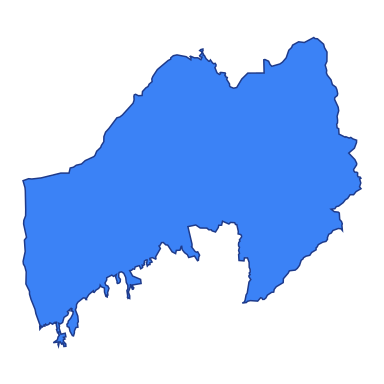 Tisau, Buzau, Romania
{"feature_id": "2599482B29970481814302", "entity_name": "Tisau", "entity_type": "district", "adm_level": 2, "iso_a3": "ROU", "parent_name": "Romania", "parent_adm1": "Buzau", "projection": "orthographic", "projection_center": [26.544, 45.194], "detail": "fine", "context": "isolated", "style": "filled", "palette": "blue", "viewbox_px": 384, "rotation_deg": 0, "n_neighbors": 0, "source": "geoboundaries", "source_scale": "gbopen_adm2", "svg_char_len": 5899}
<svg xmlns="http://www.w3.org/2000/svg" viewBox="0 0 384 384"><path d="M104.5,292.1L105.9,296.4L107.2,297.0L107.3,296.1L106.5,295.1L107.9,295.0L107.6,292.5L109.0,288.3L107.8,286.0L105.9,285.2L105.0,283.0L106.7,280.0L106.7,277.7L111.8,275.1L113.6,276.4L116.3,274.6L115.6,276.8L117.1,281.5L117.0,282.9L117.6,283.5L119.0,283.1L120.2,281.8L120.4,279.3L118.8,277.3L118.7,274.3L119.2,272.4L121.5,271.8L123.8,273.3L125.7,277.4L126.3,282.5L127.8,285.3L127.9,288.7L126.9,290.6L127.7,296.1L127.4,297.3L128.0,298.4L128.6,297.9L129.7,298.5L129.7,295.8L128.4,292.0L130.4,286.7L130.4,284.1L132.4,289.3L133.3,289.1L133.8,287.8L132.9,286.9L132.4,285.0L141.1,283.5L140.6,279.4L132.6,276.0L129.7,270.6L131.6,270.3L132.9,268.9L134.5,269.2L135.2,266.9L139.0,265.7L139.4,265.7L140.7,268.8L141.9,268.1L142.7,267.3L142.3,265.2L143.2,265.5L144.5,264.6L143.9,263.2L144.7,262.6L144.3,261.2L146.2,259.9L147.2,260.0L146.6,263.6L147.3,266.1L148.5,264.7L150.0,264.5L149.9,262.8L152.1,262.0L150.9,259.8L150.0,259.8L149.8,258.4L152.3,257.6L155.7,259.1L156.0,258.4L155.6,256.9L160.4,248.5L159.0,246.0L159.8,245.7L161.6,242.6L163.3,242.5L165.7,244.8L167.7,245.1L172.1,251.8L175.6,253.6L176.3,250.4L180.0,250.2L181.2,246.4L181.7,246.3L182.2,249.6L184.5,252.6L187.4,254.7L188.7,257.5L194.5,256.0L197.5,260.7L198.4,260.3L198.7,257.2L199.6,255.2L197.7,251.8L196.5,252.2L195.0,251.4L191.5,246.8L192.0,246.5L192.0,244.1L187.9,226.6L195.8,225.0L200.2,228.0L206.9,228.1L208.8,229.8L211.3,229.8L212.1,230.9L215.5,232.0L218.3,227.5L218.7,225.3L221.6,225.2L222.5,221.2L228.9,224.0L230.6,222.4L234.7,222.7L235.5,224.5L236.8,224.6L238.3,231.3L238.1,233.9L240.8,234.6L241.6,236.0L241.5,237.1L239.4,239.9L240.0,241.1L238.8,242.4L238.5,244.1L238.6,246.0L239.5,247.2L238.6,250.4L239.5,253.4L238.6,254.4L239.0,260.5L244.0,260.9L244.4,257.9L247.5,257.9L249.1,262.3L249.2,267.3L250.1,269.4L250.2,272.0L249.2,273.0L250.1,274.7L249.0,275.4L248.9,276.7L250.8,279.5L249.0,282.0L247.2,293.1L246.1,294.9L245.1,300.1L244.5,301.8L242.3,303.1L246.4,302.5L247.5,301.3L250.3,300.6L257.7,301.1L260.7,297.7L262.0,298.2L262.6,299.4L264.1,299.4L265.8,298.1L267.4,295.1L271.7,292.3L273.7,292.1L274.2,289.4L276.3,286.7L283.2,282.6L283.4,278.7L288.2,273.1L289.4,270.8L295.2,270.1L297.3,268.4L299.5,265.4L301.2,260.3L303.0,258.9L303.5,257.7L306.0,256.2L309.8,255.3L311.6,252.5L316.1,249.8L316.1,247.8L317.2,246.9L318.3,244.6L322.7,242.2L326.0,241.4L327.5,239.3L327.4,237.7L328.7,234.3L331.3,233.0L332.9,230.5L338.3,228.5L341.0,228.8L342.4,230.5L341.9,225.3L342.3,223.8L341.5,221.5L339.7,219.5L339.3,213.0L338.2,212.1L334.3,211.7L331.1,209.2L334.9,208.7L336.3,206.6L338.6,206.1L343.2,202.6L345.4,199.7L347.6,198.5L350.1,194.7L353.6,194.7L356.1,191.6L361.0,188.7L359.5,186.8L360.8,183.0L359.6,178.9L360.9,178.3L360.3,177.2L358.0,176.7L357.5,175.4L357.7,173.0L356.8,172.2L354.9,172.2L353.8,170.8L353.6,169.5L356.6,164.9L356.7,163.3L354.9,159.6L348.7,153.1L354.4,148.2L356.5,142.6L356.6,140.2L352.9,138.9L350.8,137.4L349.2,138.1L345.8,136.7L345.2,137.2L339.0,134.1L338.7,128.7L337.1,127.8L336.7,124.2L337.5,122.9L337.6,120.1L337.1,116.3L338.7,110.8L338.2,107.2L334.6,99.4L334.8,97.6L337.3,95.5L337.7,93.7L336.9,89.7L335.8,87.1L332.4,84.6L331.0,79.8L327.3,75.1L326.4,72.9L326.7,70.3L325.2,65.1L326.9,61.4L327.0,52.0L324.5,47.7L323.6,44.2L317.5,38.8L314.8,38.5L313.8,37.5L304.3,42.5L298.6,41.8L292.6,45.1L291.6,47.5L288.8,50.2L286.2,57.8L282.5,62.1L280.0,63.9L271.8,66.3L270.0,64.4L268.6,61.2L264.9,59.5L263.8,59.8L264.1,73.0L247.8,73.1L241.8,79.0L236.7,87.5L233.6,88.2L230.4,86.9L229.6,85.9L229.5,83.9L226.7,79.4L227.3,77.5L225.5,76.7L225.6,75.9L224.8,75.2L225.5,73.7L225.1,72.9L220.7,72.4L220.1,72.7L220.5,73.8L219.4,74.5L217.0,72.8L214.9,67.6L216.0,66.0L216.0,64.6L215.1,63.3L213.9,63.8L212.5,62.9L210.4,59.9L209.4,61.3L208.7,61.2L206.0,58.6L204.4,55.5L203.1,55.0L203.5,54.4L202.3,52.0L203.0,50.6L202.9,49.0L200.7,49.6L199.7,50.6L202.0,51.8L201.6,53.5L199.6,55.7L200.1,56.8L202.0,57.2L200.9,59.7L197.8,57.8L194.4,57.8L190.6,56.2L190.1,56.5L191.0,57.6L190.8,59.8L186.2,56.7L177.0,54.9L173.3,55.7L170.8,57.8L170.7,59.2L168.1,60.5L157.4,69.5L152.8,76.5L151.8,79.0L152.1,81.6L149.1,84.2L148.1,86.5L145.8,87.9L142.5,91.5L142.1,95.5L138.4,95.7L135.6,94.3L134.3,94.8L133.9,96.2L134.1,100.0L133.1,103.2L122.3,115.1L119.8,117.0L116.9,117.8L108.9,128.5L105.6,132.1L103.9,136.6L103.8,141.7L101.4,145.4L100.7,147.4L96.7,151.2L95.0,155.4L93.9,156.6L85.2,160.6L81.5,164.0L76.3,165.2L73.5,167.2L70.2,168.0L69.0,173.1L60.7,173.1L41.2,177.9L31.8,179.0L28.6,178.7L23.0,180.7L25.0,187.6L25.3,190.8L25.7,209.5L25.6,215.8L23.8,220.4L23.6,224.0L26.5,237.3L24.4,240.1L25.2,251.5L23.1,261.3L23.4,264.1L24.8,266.5L26.2,271.9L25.9,284.0L29.5,291.3L29.5,294.1L31.0,299.3L35.1,309.5L35.9,313.7L40.2,325.7L39.7,326.1L39.9,329.2L41.1,327.7L41.2,326.1L42.4,327.0L43.3,326.0L44.7,326.1L44.3,324.9L45.4,325.0L45.7,324.2L46.7,325.2L48.9,324.3L49.9,322.8L52.7,324.2L53.8,323.0L54.9,323.2L54.9,322.4L56.5,322.2L56.3,324.8L57.2,329.0L56.5,329.4L57.5,332.6L58.7,332.0L58.8,332.8L58.2,333.1L59.3,335.3L58.1,336.9L57.4,339.8L53.3,342.7L58.3,342.0L58.0,344.5L58.5,346.0L59.2,342.4L60.1,341.7L61.6,344.1L62.0,344.3L62.5,343.1L63.6,343.9L63.9,346.5L65.9,346.3L65.8,344.0L63.3,341.2L63.4,339.7L65.0,339.0L63.5,337.3L65.9,336.8L65.2,333.2L61.0,334.2L59.1,327.9L59.5,326.3L58.7,323.2L60.4,323.9L62.6,322.5L64.0,317.4L67.6,315.0L68.5,312.9L67.4,311.8L68.6,310.5L69.6,310.7L69.5,309.7L71.1,308.3L71.9,308.7L71.5,309.5L71.9,310.0L71.2,310.8L73.1,311.6L72.9,314.0L70.8,318.1L68.3,321.1L67.9,323.3L66.9,324.2L67.2,326.5L69.1,327.4L70.0,331.3L72.4,335.6L73.5,335.9L74.4,332.9L74.4,331.0L75.9,327.5L77.9,327.2L77.5,323.0L78.3,321.8L77.8,316.1L75.4,309.9L76.4,307.4L76.5,304.6L77.9,302.2L83.3,297.9L85.2,298.1L85.9,299.6L86.6,299.6L86.4,298.5L88.9,294.5L93.2,290.9L93.3,292.1L94.2,292.4L96.1,290.0L98.6,288.5L100.0,286.7L100.2,285.2L101.4,286.8L104.4,288.0L104.5,292.1Z" fill="#3b82f6" stroke="#1e3a8a" stroke-width="1.5"/></svg>